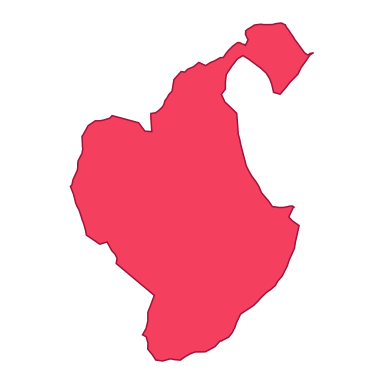 the district of Orhionmwon, Edo, Nigeria
{"feature_id": "59680162B17520648889441", "entity_name": "Orhionmwon", "entity_type": "district", "adm_level": 2, "iso_a3": "NGA", "parent_name": "Nigeria", "parent_adm1": "Edo", "projection": "natural_earth1", "projection_center": [6.057, 6.084], "detail": "fine", "context": "isolated", "style": "filled", "palette": "rose", "viewbox_px": 384, "rotation_deg": 0, "n_neighbors": 0, "source": "geoboundaries", "source_scale": "gbopen_adm2", "svg_char_len": 2917}
<svg xmlns="http://www.w3.org/2000/svg" viewBox="0 0 384 384"><path d="M309.9,53.5L309.1,54.4L307.5,54.8L304.6,52.9L301.9,49.2L297.9,43.7L296.0,41.1L294.4,39.1L293.2,36.8L291.2,34.0L289.7,31.7L288.5,29.9L286.1,26.7L285.3,24.8L284.7,24.6L281.4,23.0L275.9,23.6L272.8,24.5L269.7,24.6L266.5,24.6L263.4,24.6L261.1,24.2L256.4,24.7L254.0,25.2L252.1,26.6L249.7,28.0L247.4,29.4L245.6,30.9L245.9,32.1L245.6,32.2L245.5,33.5L245.4,34.2L246.8,37.3L247.5,38.8L248.2,39.7L247.8,40.4L247.5,40.8L247.5,41.3L247.1,41.6L247.0,42.2L246.7,42.9L246.0,43.8L245.4,45.4L243.9,44.3L242.3,44.1L240.1,42.8L238.6,42.5L237.4,42.7L232.6,46.3L228.1,50.8L225.9,53.6L223.4,57.4L220.1,57.7L214.7,60.8L210.5,62.5L205.6,65.6L198.8,62.4L193.5,66.8L187.9,69.1L184.7,72.1L181.2,71.5L178.8,74.1L177.3,75.8L173.9,79.6L172.4,89.2L171.9,91.3L171.4,91.8L168.7,94.8L167.2,97.7L164.8,100.9L164.0,104.3L162.4,107.0L158.5,110.7L155.5,112.8L153.4,113.1L150.8,113.5L150.9,118.2L151.8,131.6L144.9,131.1L138.5,122.7L112.1,115.6L110.1,117.9L109.0,118.4L102.7,120.3L99.2,120.8L95.3,120.8L88.2,125.6L82.8,135.3L82.0,136.3L82.4,144.1L82.4,146.4L82.8,148.7L82.0,153.4L79.3,158.5L78.1,160.8L77.7,164.1L77.8,166.4L77.4,170.1L73.1,179.4L71.9,184.9L70.4,186.4L73.5,194.2L74.3,197.4L74.7,198.8L75.5,202.5L77.1,206.6L79.0,209.8L80.2,213.5L81.4,217.2L82.2,220.0L83.0,221.8L84.2,225.5L85.4,229.7L86.4,235.1L95.4,241.2L99.7,244.2L107.1,242.0L111.8,250.7L115.0,254.1L117.1,258.3L116.2,263.5L154.3,295.4L149.6,308.0L147.9,312.1L147.8,321.1L146.1,328.6L144.0,332.2L142.5,334.8L146.2,336.8L148.0,343.4L147.7,349.0L152.4,354.8L155.7,360.0L162.7,361.0L170.4,358.8L175.1,359.7L180.4,360.1L184.8,356.9L190.2,353.8L191.6,353.3L195.0,352.0L196.8,351.9L199.0,351.9L200.0,351.9L201.7,351.9L205.4,351.8L207.4,350.7L209.4,349.7L215.0,346.6L220.1,340.9L221.1,341.1L223.1,340.0L228.7,337.1L231.7,333.3L232.3,332.5L234.9,327.3L236.6,322.4L240.5,314.2L244.8,311.2L245.6,310.7L249.8,308.0L253.9,305.2L257.7,301.4L261.2,297.5L265.9,292.9L271.2,289.1L274.2,286.5L275.3,285.6L276.3,283.7L277.9,281.0L278.8,279.9L282.3,275.8L284.9,270.5L286.2,268.1L287.2,266.0L289.3,259.7L293.6,250.3L294.5,248.2L295.4,242.0L296.5,237.4L299.1,225.6L292.3,220.8L288.8,217.0L293.3,207.4L294.0,207.1L293.8,206.9L292.3,206.0L289.3,206.2L286.7,206.9L283.5,207.4L279.4,207.5L275.8,207.0L272.7,206.7L271.7,205.7L268.5,200.9L264.6,196.4L261.4,192.6L259.0,186.7L256.1,181.9L252.2,176.7L249.3,171.9L246.3,166.0L244.5,159.1L242.4,151.1L240.6,143.9L239.7,139.4L238.2,133.8L237.9,129.3L237.6,124.8L236.7,113.3L233.0,109.7L229.3,106.1L224.9,102.0L221.4,94.4L225.4,89.1L225.4,81.8L226.3,74.5L229.2,70.0L231.8,66.1L234.5,62.7L237.1,59.2L239.1,57.9L241.1,56.7L242.9,55.6L249.1,59.4L253.2,62.5L256.8,65.2L260.6,68.0L266.0,72.9L266.2,73.1L269.8,79.0L271.8,84.5L273.6,92.4L280.1,94.2L284.8,88.9L290.3,81.9L294.8,77.4L297.9,74.2L301.1,67.6L305.2,62.0L309.9,55.0L313.6,52.7L309.9,53.5Z" fill="#f43f5e" stroke="#9f1239" stroke-width="1.5"/></svg>